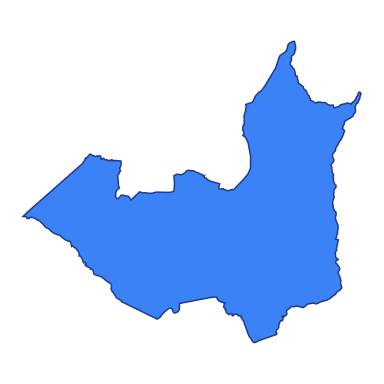 the district of Açailândia, Maranhão, Brazil
{"feature_id": "56859067B88917443865419", "entity_name": "Açailândia", "entity_type": "district", "adm_level": 2, "iso_a3": "BRA", "parent_name": "Brazil", "parent_adm1": "Maranhão", "projection": "robinson", "projection_center": [-47.274, -4.703], "detail": "fine", "context": "isolated", "style": "filled", "palette": "blue", "viewbox_px": 384, "rotation_deg": 0, "n_neighbors": 0, "source": "geoboundaries", "source_scale": "gbopen_adm2", "svg_char_len": 5992}
<svg xmlns="http://www.w3.org/2000/svg" viewBox="0 0 384 384"><path d="M82.5,163.6L29.7,210.1L23.0,216.5L25.6,216.6L26.6,217.3L26.9,218.2L28.1,218.7L29.1,218.4L29.8,217.7L31.0,217.2L33.5,217.8L35.6,218.6L36.5,219.7L37.7,220.0L39.4,220.9L42.5,223.7L45.1,226.7L47.1,228.2L48.9,228.7L51.1,231.3L52.4,232.0L53.1,232.9L57.2,234.6L60.0,235.3L60.7,236.3L65.7,240.1L66.9,240.3L68.1,241.3L69.6,241.1L70.4,241.8L71.0,243.3L71.6,246.5L72.7,246.0L74.5,247.7L76.2,248.4L77.0,250.0L77.9,250.8L79.4,253.9L79.0,255.9L80.2,256.0L81.1,257.0L82.1,258.8L83.5,262.7L84.2,262.0L85.9,263.3L85.3,264.3L85.3,265.3L86.1,264.8L86.6,266.5L87.9,266.9L89.8,267.8L90.5,269.1L91.9,269.3L93.0,270.4L94.0,274.0L94.7,274.6L101.2,276.7L104.9,279.5L105.6,280.4L106.9,281.1L108.3,282.4L109.7,282.7L110.7,283.7L111.6,285.9L111.5,287.4L111.0,288.2L111.8,290.8L115.0,295.1L116.4,297.7L120.7,300.4L121.6,301.7L157.2,319.1L160.6,316.8L161.7,314.8L164.6,311.9L168.8,308.4L170.5,308.0L171.3,308.4L172.4,309.5L173.3,312.3L174.0,312.9L175.1,313.0L177.9,311.7L178.7,311.0L179.5,308.5L179.4,303.5L210.9,297.4L215.5,297.0L216.7,297.3L217.2,298.8L218.8,300.9L219.9,301.0L220.7,302.0L222.7,302.0L223.6,303.0L225.2,302.9L224.3,304.2L224.1,305.3L223.7,306.2L223.7,307.3L224.6,307.6L224.9,308.4L225.6,309.0L225.2,309.8L226.0,310.7L226.2,312.2L228.5,314.4L229.3,314.6L231.1,313.5L232.2,313.9L232.0,315.5L232.7,315.9L234.8,314.3L237.9,314.5L238.4,316.0L240.3,315.7L241.1,316.0L240.9,317.2L241.7,318.1L242.6,319.9L243.8,321.1L244.7,324.7L246.0,327.7L247.7,333.0L249.6,337.1L251.4,339.0L251.9,340.4L252.5,341.4L253.9,342.4L254.8,342.6L257.6,341.4L259.0,340.5L276.5,334.5L276.9,333.3L276.1,332.5L276.0,331.3L276.8,329.5L277.8,328.9L278.7,327.5L278.9,324.7L279.8,322.2L280.8,320.7L282.5,320.7L282.9,319.3L282.9,318.3L282.1,316.3L283.2,316.1L283.8,317.0L285.2,315.7L286.1,315.3L286.9,314.0L286.5,311.8L286.6,310.6L291.1,306.9L292.3,306.5L293.9,306.8L296.2,306.1L297.8,306.2L303.2,307.6L304.7,306.7L306.5,304.9L307.9,304.0L312.5,303.2L313.8,303.2L316.5,303.9L319.6,302.4L320.5,301.8L327.0,300.2L328.0,299.4L329.9,298.6L334.7,294.7L335.5,294.4L336.1,293.1L337.8,291.3L339.4,290.6L340.0,289.8L341.2,288.8L341.8,287.1L340.5,283.6L340.9,280.7L340.4,279.3L340.5,278.1L339.9,277.2L339.1,274.8L338.5,274.0L338.0,272.6L338.7,271.0L339.5,270.1L339.8,268.2L337.2,264.2L335.6,262.8L336.6,259.6L338.0,260.0L338.0,259.0L336.8,258.5L335.7,257.3L335.3,252.1L336.8,250.2L336.3,249.4L338.3,239.8L335.5,239.2L336.3,237.6L336.8,234.8L337.5,233.7L337.6,230.5L338.1,229.0L337.8,226.8L338.1,225.3L336.9,222.8L335.6,219.1L335.4,217.6L336.3,213.7L335.7,212.7L335.8,211.7L334.5,211.1L334.1,209.5L333.4,208.4L333.0,207.3L333.3,206.3L332.6,203.7L332.9,200.6L334.2,196.9L333.5,194.1L334.0,192.8L333.8,190.4L334.1,189.1L335.3,188.5L335.9,187.4L336.1,185.4L335.2,184.8L334.1,183.1L333.4,180.0L333.5,178.8L333.1,177.7L333.5,176.0L333.4,174.3L332.1,172.4L332.3,171.1L331.9,169.7L331.8,167.3L331.0,165.1L331.4,163.9L333.3,162.0L333.7,161.1L333.8,159.7L333.4,158.5L332.8,157.8L332.6,156.8L332.6,154.5L333.0,153.4L335.5,150.7L335.5,149.5L336.0,147.7L337.3,145.7L340.0,140.6L341.1,139.8L341.3,138.8L342.0,137.7L343.4,134.3L343.6,133.1L344.3,132.0L344.5,130.9L343.9,129.8L342.9,129.3L342.7,128.2L343.2,125.6L344.4,124.0L344.1,123.0L344.7,121.7L346.4,120.2L348.9,118.6L350.2,118.3L351.6,117.0L352.8,116.4L353.3,115.7L353.5,114.6L354.0,113.7L355.4,112.3L355.4,108.8L355.1,107.7L355.9,104.8L356.6,103.5L357.4,103.1L358.3,102.0L358.6,100.5L359.5,99.3L360.3,95.4L361.0,94.2L360.5,92.7L359.6,92.1L358.5,92.6L357.8,95.2L356.5,96.8L355.8,99.2L354.8,100.1L354.4,100.9L353.7,101.7L352.6,102.1L350.9,104.3L350.0,103.5L347.3,103.0L346.1,103.3L345.4,103.9L344.4,103.8L340.3,104.9L339.6,105.6L339.3,106.4L337.2,106.9L335.1,107.8L334.2,107.8L333.6,106.8L333.4,105.4L332.5,105.0L330.3,105.4L327.8,104.5L325.3,102.6L321.8,102.5L320.2,102.1L318.8,102.4L318.1,101.9L317.3,102.5L315.5,102.9L314.4,102.5L313.5,101.6L310.5,100.2L310.5,98.7L309.7,98.0L309.3,97.2L309.3,96.2L307.2,93.8L306.2,90.6L304.4,89.5L303.5,88.1L303.1,86.5L301.0,85.1L300.1,84.2L298.9,83.7L298.2,83.0L298.3,81.9L297.5,78.7L297.3,76.5L295.1,75.2L295.4,73.8L294.4,69.9L293.9,68.9L292.9,68.4L292.5,67.1L290.8,65.5L290.3,64.2L290.1,62.8L291.4,60.7L291.6,59.1L291.2,57.7L291.4,56.8L292.1,55.7L293.2,54.8L294.6,53.1L294.7,51.5L295.4,50.1L295.6,48.9L295.6,46.4L294.5,41.4L292.9,41.4L289.5,43.0L288.0,44.8L287.2,48.4L286.4,50.6L283.9,53.0L280.4,55.2L279.3,56.7L275.7,67.9L265.4,85.1L261.5,90.7L259.1,92.1L255.2,96.3L253.1,101.4L251.9,102.4L245.6,104.5L246.2,106.1L245.5,110.8L244.1,115.6L244.0,116.6L244.3,117.9L244.1,121.7L244.4,124.1L243.6,124.8L242.8,126.6L242.7,129.5L244.3,134.2L242.8,135.4L245.5,137.3L248.1,142.8L250.6,156.5L250.5,168.2L248.0,174.0L243.1,179.8L233.6,189.7L231.6,189.6L227.9,190.7L227.0,190.7L223.4,188.9L222.1,188.7L220.7,189.2L219.5,188.9L218.5,188.1L219.7,183.8L210.5,181.2L208.3,180.1L207.2,179.4L206.3,178.2L205.5,178.4L204.7,177.7L204.0,176.5L204.5,175.4L203.2,175.7L201.8,174.3L200.6,174.3L198.0,172.7L196.8,172.5L193.5,170.8L191.5,170.6L190.6,170.8L188.6,170.2L186.4,171.0L185.3,172.6L182.5,174.3L181.0,174.8L179.2,174.4L176.6,174.3L173.9,175.8L174.4,181.3L174.4,186.1L173.9,191.1L172.3,191.9L168.8,192.4L156.2,192.1L151.7,193.3L150.0,193.4L144.3,192.6L143.1,193.1L139.7,191.8L131.0,200.0L128.9,196.7L128.0,196.1L125.5,196.0L122.9,195.1L121.1,195.2L118.3,198.7L117.2,198.7L115.2,196.5L115.7,195.8L115.8,194.8L115.6,193.6L116.1,192.0L117.1,189.7L119.5,188.0L118.4,185.4L118.4,181.9L117.8,179.2L118.0,177.3L117.6,176.0L117.7,174.9L118.9,174.0L119.4,172.1L120.5,171.2L119.6,168.0L120.8,166.2L121.2,162.1L120.7,160.9L116.1,160.7L115.2,160.4L112.2,160.8L112.3,159.9L111.3,159.8L110.5,160.4L109.4,160.3L108.6,160.9L106.6,159.5L105.8,160.1L104.9,159.7L103.6,158.3L102.7,158.5L101.9,159.3L101.1,159.0L100.9,156.7L100.2,155.9L99.0,155.8L98.2,156.3L97.1,155.9L95.4,156.7L94.7,156.1L92.0,155.2L91.0,154.3L89.6,154.3L87.3,157.2L86.5,157.8L85.7,157.9L84.3,161.0L82.5,163.6Z" fill="#3b82f6" stroke="#1e3a8a" stroke-width="1.5"/></svg>